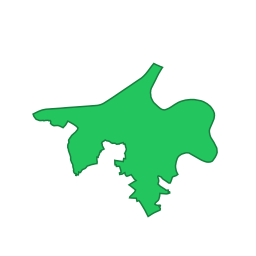 Thu Duc, Hồ Chí Minh city, Vietnam (Albers equal-area conic projection), rotated 207°
{"feature_id": "81297802B1678031067910", "entity_name": "Thu Duc", "entity_type": "district", "adm_level": 2, "iso_a3": "VNM", "parent_name": "Vietnam", "parent_adm1": "Hồ Chí Minh city", "projection": "albers", "projection_center": [106.748, 10.855], "detail": "fine", "context": "isolated", "style": "filled", "palette": "green", "viewbox_px": 256, "rotation_deg": 207, "n_neighbors": 0, "source": "geoboundaries", "source_scale": "gbopen_adm2", "svg_char_len": 5540}
<svg xmlns="http://www.w3.org/2000/svg" viewBox="0 0 256 256"><g transform="rotate(207 128 128)"><path d="M124.7,197.7L126.0,197.6L127.4,197.4L128.8,197.4L131.3,197.2L134.3,197.2L135.0,193.8L136.1,187.4L136.8,184.1L137.7,181.1L138.7,178.6L140.1,176.1L142.0,172.7L145.2,166.8L149.0,160.0L152.8,153.1L155.6,148.0L158.2,143.5L161.1,138.6L162.7,136.7L164.3,135.2L165.6,134.2L168.7,132.3L175.1,128.4L182.5,123.9L191.0,118.8L197.9,114.5L205.1,110.2L209.7,107.4L212.0,105.6L213.0,104.7L215.0,102.5L216.4,100.7L218.9,97.3L217.6,96.1L216.9,95.5L216.0,95.1L214.0,94.1L213.4,94.1L211.9,94.3L210.8,94.4L209.9,94.6L208.6,95.3L207.0,96.3L206.3,96.2L204.8,97.4L203.0,98.4L202.5,98.6L202.0,98.6L201.7,98.5L200.9,99.3L200.2,99.0L199.8,98.6L199.4,97.8L199.1,96.9L196.9,96.3L195.0,96.4L193.6,97.3L191.6,98.4L190.2,98.7L187.9,98.8L186.0,98.8L185.0,102.3L184.9,103.6L184.8,105.8L184.7,106.8L184.0,106.8L181.7,106.8L178.1,106.6L176.7,106.4L175.4,106.2L174.5,106.0L172.5,105.3L172.5,104.7L172.4,104.3L172.3,103.9L172.2,103.5L172.2,103.2L172.5,102.7L172.6,102.0L172.7,101.4L172.9,100.6L173.2,99.7L173.7,98.6L174.0,97.7L174.2,97.3L174.6,96.3L174.7,95.9L174.9,95.0L174.9,94.4L175.0,93.7L175.2,93.0L175.2,92.2L175.3,91.6L175.4,91.1L175.4,90.3L175.3,90.0L174.9,89.4L174.5,89.0L174.2,88.6L174.1,88.0L174.0,87.5L174.1,86.7L174.0,86.0L173.9,85.5L173.6,84.9L173.2,84.1L173.0,83.7L172.9,83.4L172.2,82.7L171.3,81.9L171.1,81.4L170.7,80.9L169.9,80.1L169.0,79.2L168.1,78.4L167.6,77.9L167.0,77.3L166.2,76.4L165.7,75.7L165.4,75.1L165.1,74.4L164.8,73.9L164.4,73.4L164.0,73.0L163.7,72.8L162.9,72.0L162.2,71.4L161.3,70.9L160.7,70.3L160.3,69.9L160.0,69.4L159.6,68.7L159.1,68.0L158.7,67.6L157.9,66.8L157.5,66.2L157.3,65.7L157.2,65.2L156.6,64.5L156.0,63.9L155.5,63.6L155.2,63.5L154.7,63.3L153.8,63.7L153.7,63.6L153.3,62.9L153.0,62.1L152.4,62.3L152.4,63.4L151.1,63.5L151.1,64.2L151.2,64.9L151.3,65.3L151.9,66.4L150.3,66.6L150.1,67.2L150.0,68.2L150.0,69.2L149.5,70.5L148.9,71.2L147.9,72.4L147.4,73.7L147.1,75.4L146.3,76.4L145.4,77.2L144.9,77.8L144.2,78.5L142.7,79.8L140.6,81.5L139.5,82.2L139.7,82.8L140.0,83.6L140.4,84.3L141.3,85.5L142.2,87.4L142.5,87.9L141.3,88.3L141.5,88.6L141.7,89.2L141.6,90.5L141.7,92.2L142.1,93.2L142.1,93.5L141.5,94.2L141.3,94.7L142.1,95.0L141.8,95.7L141.6,96.1L140.7,97.1L139.8,98.4L142.8,100.5L143.3,101.3L144.2,102.4L144.6,102.4L144.6,103.0L144.6,103.5L144.5,104.0L143.2,106.0L142.9,106.7L142.9,107.0L141.3,106.9L140.9,107.0L140.4,107.2L139.3,107.5L138.6,107.6L138.1,107.6L137.7,107.5L136.4,107.2L136.0,107.2L135.5,107.3L135.1,107.2L133.3,108.2L132.6,108.5L132.2,108.5L131.7,108.5L131.2,108.4L130.7,108.4L130.4,108.6L130.1,108.8L129.2,109.4L128.7,109.6L128.8,109.9L125.7,112.8L125.3,112.5L124.8,111.7L123.7,112.4L123.3,111.8L122.9,111.9L122.7,111.7L121.8,110.4L120.1,108.7L119.7,107.9L119.5,106.7L119.4,104.9L119.4,104.6L119.4,103.7L118.7,103.4L118.5,103.2L117.4,101.5L116.8,100.4L116.3,99.5L118.0,98.9L117.0,95.9L123.7,93.6L125.1,93.2L124.5,92.2L123.4,90.1L122.8,89.3L122.0,89.8L120.9,88.5L118.5,89.9L118.2,89.9L117.5,89.4L114.9,86.7L114.1,85.5L115.2,84.1L114.3,82.8L112.3,84.2L110.6,86.8L110.0,86.2L109.3,85.2L107.6,84.4L106.9,84.7L105.5,86.1L104.0,87.9L99.1,85.3L98.6,85.3L97.9,85.1L96.9,84.9L98.3,82.8L101.3,77.8L99.2,77.5L93.1,76.2L93.1,75.2L93.0,74.4L93.1,73.8L94.2,70.2L95.1,67.7L94.9,66.5L92.9,67.3L88.7,69.2L86.7,66.8L85.4,68.2L85.2,68.2L84.8,68.0L83.8,67.5L82.6,66.9L81.0,65.9L75.8,62.6L69.9,58.3L67.7,62.1L67.0,63.2L66.0,64.7L62.2,69.4L62.4,70.3L62.6,70.8L63.0,71.2L63.4,71.5L64.2,71.8L64.6,72.0L64.5,72.3L64.1,72.5L63.9,72.7L63.8,73.0L63.8,73.3L64.0,73.7L64.3,73.8L64.8,73.6L65.7,73.0L66.5,72.6L67.4,72.3L68.3,72.2L68.9,72.2L69.3,72.2L69.5,72.5L69.6,73.0L69.5,73.7L69.4,74.1L69.2,74.8L68.5,76.4L68.3,77.1L68.2,77.7L68.2,78.5L68.5,80.1L68.8,81.4L69.9,84.2L64.1,86.6L62.7,87.5L61.3,89.1L62.0,90.0L63.2,89.3L63.9,90.9L66.0,89.8L66.4,89.9L67.3,90.2L67.7,90.2L68.4,90.3L69.4,90.4L69.9,90.4L70.4,90.5L71.0,90.6L72.1,90.6L72.8,90.7L73.6,91.0L75.1,91.4L75.6,91.5L75.8,91.7L76.0,92.4L76.2,92.9L76.2,93.8L76.7,95.0L77.3,95.9L78.0,96.8L78.9,97.5L79.3,98.0L79.4,98.4L79.4,98.7L79.3,99.1L78.6,99.2L77.5,99.3L76.5,99.4L76.0,99.4L75.4,99.0L74.0,98.5L73.3,98.3L72.1,98.2L70.3,98.0L69.0,97.8L68.0,97.7L67.2,97.5L66.8,97.5L66.2,97.7L65.4,98.2L65.6,100.9L66.0,103.3L66.1,104.2L66.0,104.3L65.9,104.9L64.0,106.9L63.9,107.0L63.7,107.2L63.6,107.4L63.5,107.5L63.4,107.6L62.5,109.3L64.2,110.5L65.5,111.6L67.7,114.4L68.6,116.1L69.7,119.7L70.2,122.6L70.3,124.0L70.2,125.0L69.8,126.5L68.4,129.0L66.4,131.0L65.1,132.2L63.9,132.8L62.8,133.3L62.1,133.4L49.0,132.8L47.4,132.8L44.7,133.0L42.5,133.4L41.1,134.0L39.4,135.0L38.1,136.4L37.7,137.3L37.1,141.4L37.1,144.3L37.5,146.7L38.4,148.2L39.8,150.4L43.9,153.4L44.8,154.1L50.0,157.2L51.7,158.8L53.2,160.7L54.2,162.3L54.4,162.9L54.8,164.3L55.0,167.1L55.2,170.5L55.4,173.2L55.5,174.5L55.6,175.2L55.6,175.3L56.1,176.8L56.6,178.3L57.8,180.3L59.9,182.2L62.7,183.8L63.3,184.1L64.7,184.7L68.4,185.5L72.5,185.7L75.1,185.4L78.6,184.4L81.9,183.4L84.9,181.9L85.6,181.5L89.5,178.9L92.7,176.0L94.7,173.7L96.9,170.3L98.8,166.9L100.4,164.3L102.3,162.0L103.5,160.8L104.7,160.3L105.8,160.0L106.0,160.0L106.3,160.0L107.4,160.0L108.9,160.2L111.4,160.8L116.5,162.3L118.0,163.1L119.6,164.3L120.8,165.2L121.8,166.2L122.8,167.9L123.6,169.0L124.2,170.0L124.4,170.8L124.8,171.6L125.0,172.3L125.1,172.9L125.3,174.1L125.3,175.7L125.3,178.7L125.3,180.9L125.3,184.1L125.4,186.6L125.4,190.6L125.2,192.6L125.2,193.7L125.1,194.6L125.0,195.5L125.0,196.2L124.9,196.9L124.8,197.3L124.7,197.6L124.7,197.7Z" fill="#22c55e" stroke="#15803d" stroke-width="1.5"/></g></svg>